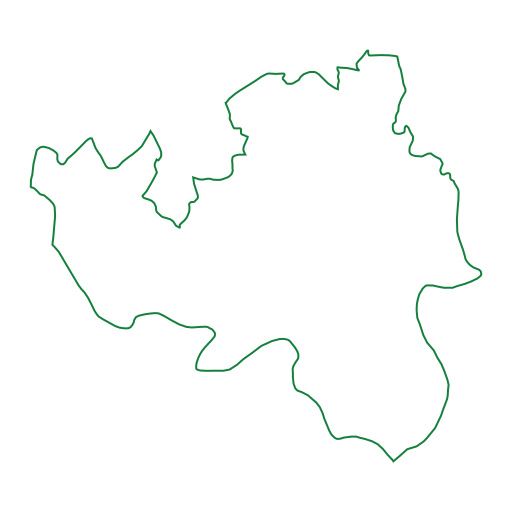 the district of Yen Dung, Bắc Giang, Vietnam
{"feature_id": "81297802B99638089462809", "entity_name": "Yen Dung", "entity_type": "district", "adm_level": 2, "iso_a3": "VNM", "parent_name": "Vietnam", "parent_adm1": "Bắc Giang", "projection": "orthographic", "projection_center": [106.245, 21.205], "detail": "fine", "context": "isolated", "style": "outline", "palette": "green", "viewbox_px": 512, "rotation_deg": 0, "n_neighbors": 0, "source": "geoboundaries", "source_scale": "gbopen_adm2", "svg_char_len": 5978}
<svg xmlns="http://www.w3.org/2000/svg" viewBox="0 0 512 512"><path d="M88.2,139.3L86.1,141.0L75.8,151.5L72.0,155.0L67.6,158.7L65.2,162.6L63.4,164.2L61.5,164.3L60.4,163.9L57.9,161.5L57.3,159.0L57.4,154.9L57.1,153.9L56.2,152.7L53.3,150.4L49.0,148.1L44.2,146.8L42.8,146.8L41.8,146.9L40.9,147.2L39.9,147.6L38.3,148.8L36.8,150.1L33.5,163.8L32.3,174.8L31.4,178.0L30.9,180.4L30.9,184.3L30.7,186.4L31.1,187.3L33.4,187.9L35.0,189.0L36.4,190.3L39.6,193.7L40.5,194.3L41.5,194.7L43.6,195.1L44.7,195.8L49.8,200.1L53.0,203.6L54.3,206.0L54.7,207.6L55.1,216.3L53.2,238.3L52.4,244.8L54.6,247.0L58.8,251.9L78.6,285.4L81.2,288.9L84.3,292.2L88.0,297.7L91.5,304.5L94.5,310.7L96.4,313.7L98.4,316.3L102.5,319.0L115.3,326.1L119.5,327.6L122.5,328.1L125.9,328.4L128.4,328.2L129.5,327.8L130.8,326.9L132.5,324.7L133.1,323.5L133.8,322.1L134.0,320.7L134.4,319.7L135.9,317.2L138.6,315.8L144.2,314.4L150.4,313.5L155.3,313.1L158.7,313.4L163.6,315.7L172.2,320.7L179.2,324.4L186.4,326.9L191.9,327.5L200.4,326.9L206.0,326.7L207.9,327.1L209.3,328.0L212.3,329.5L213.7,331.2L214.7,332.7L215.1,334.2L214.9,335.2L214.5,336.6L211.4,340.4L205.4,346.8L202.0,351.0L199.9,354.5L198.2,358.1L196.4,363.6L196.2,366.5L196.2,367.8L196.5,369.1L198.3,370.0L200.3,370.5L205.7,370.8L223.7,370.7L229.7,369.5L237.1,364.7L243.3,359.2L253.2,352.1L261.3,345.9L272.1,341.0L279.8,339.0L283.9,338.9L287.7,339.7L289.7,340.9L294.8,347.2L297.4,351.5L298.3,354.3L298.4,356.1L298.1,358.6L295.6,362.2L293.4,366.0L292.8,368.2L292.7,369.4L292.9,373.8L292.9,377.0L293.5,383.3L295.2,388.2L297.3,390.5L301.7,392.1L307.8,395.2L316.3,402.6L319.7,407.0L322.6,413.1L324.3,418.7L329.2,430.5L331.1,434.1L333.9,437.1L335.3,438.1L336.6,438.8L338.0,438.9L340.4,438.7L343.7,437.6L351.5,436.6L356.1,436.6L360.0,437.8L365.1,439.0L371.9,441.2L377.7,444.2L382.9,449.0L387.5,454.6L392.8,460.3L393.4,461.3L400.7,455.1L407.3,449.2L415.6,446.7L417.3,445.9L423.3,441.7L424.3,440.8L427.0,438.0L435.2,427.9L441.2,415.3L442.5,411.3L447.1,399.0L447.7,395.6L448.0,390.4L448.6,384.7L447.5,380.0L444.3,371.0L441.5,364.3L437.5,357.9L433.8,350.4L430.5,346.6L427.1,342.6L423.3,335.0L420.0,324.8L417.3,317.8L416.6,309.9L416.9,304.1L417.8,299.3L419.3,294.3L422.5,288.8L425.1,286.2L426.3,285.5L427.8,285.4L432.9,285.5L440.7,287.2L444.7,287.8L449.1,287.7L452.4,287.8L457.2,286.1L464.8,283.9L471.1,281.5L477.3,278.5L480.7,275.8L481.1,274.9L481.3,274.1L480.9,271.8L480.5,271.1L479.6,270.2L478.6,269.5L473.5,267.5L470.0,265.0L467.8,262.6L466.6,261.0L465.5,259.0L464.6,255.2L463.0,249.7L459.6,240.2L458.0,234.8L457.6,233.2L457.3,231.2L456.9,219.2L458.0,203.9L458.4,200.6L458.6,192.9L458.4,190.6L458.2,189.8L457.7,188.5L454.5,183.2L454.1,181.9L453.6,181.0L451.2,179.7L450.7,179.1L450.2,177.8L450.2,175.1L449.5,173.5L447.9,173.1L446.9,173.3L444.0,174.5L443.0,174.5L441.9,174.1L441.2,173.4L440.8,172.7L440.3,170.0L441.6,166.2L442.5,164.3L442.5,163.1L440.2,159.1L434.8,156.3L432.6,154.8L431.0,153.5L429.0,153.5L427.0,154.0L425.7,154.8L424.7,155.1L423.2,156.0L421.2,156.5L418.9,156.2L416.1,156.1L414.9,155.9L413.1,155.4L410.9,154.3L409.7,152.6L409.5,151.9L409.5,149.4L409.7,147.2L412.7,140.9L412.9,139.5L413.0,136.5L410.3,132.0L408.5,127.8L406.5,125.9L406.2,125.9L405.8,126.1L405.2,126.7L404.9,127.6L404.7,128.3L404.7,130.1L404.5,131.6L404.1,132.3L402.7,133.0L400.3,133.7L399.0,133.9L398.3,133.9L395.4,133.3L394.5,132.6L393.3,130.6L392.9,129.3L392.9,128.2L392.8,127.1L392.8,125.7L393.0,124.6L393.3,123.7L394.1,123.1L394.6,122.9L395.3,122.2L395.9,121.1L395.7,117.9L396.1,115.5L396.5,114.4L398.3,111.0L398.8,105.5L401.3,98.9L405.4,91.6L405.5,90.8L405.4,89.0L403.4,83.7L402.5,78.3L400.8,69.7L399.1,65.6L397.3,56.6L395.4,56.0L388.8,55.3L380.7,55.1L370.0,55.5L369.0,55.3L368.4,53.9L368.2,52.8L368.2,51.5L368.0,50.7L367.2,50.7L366.4,51.4L364.8,53.8L362.1,57.2L358.3,61.3L356.6,63.5L356.6,64.7L357.0,67.9L358.8,69.9L358.7,70.4L357.2,70.2L352.1,69.0L346.8,68.0L341.2,67.7L337.6,67.3L337.4,67.9L337.5,69.7L338.5,71.5L338.8,72.9L337.9,76.6L338.9,81.1L337.9,85.0L337.9,89.2L336.0,88.6L334.3,87.7L331.2,85.7L327.9,83.3L318.7,74.2L315.8,72.4L314.5,72.0L310.3,72.0L309.1,72.2L303.9,74.1L300.6,76.9L298.8,79.9L293.6,83.0L292.3,83.6L290.5,83.8L288.0,83.8L287.1,83.6L286.4,83.2L285.1,81.4L282.9,79.2L282.8,78.6L282.9,77.4L284.2,75.9L284.5,74.8L284.5,74.4L283.8,73.6L281.7,73.6L275.8,73.9L269.0,73.5L266.8,73.9L261.7,76.5L254.7,81.3L239.2,91.0L234.9,94.0L229.2,98.8L226.1,102.8L225.7,102.9L226.4,105.0L228.0,108.8L229.8,113.9L229.9,115.8L229.7,118.8L230.1,119.9L231.1,121.8L232.0,124.3L233.7,127.8L234.2,128.3L237.8,128.4L239.2,128.3L240.2,128.4L240.6,128.6L240.9,129.0L241.0,129.6L241.0,132.9L241.3,133.9L242.5,134.7L244.7,135.5L246.1,136.3L247.7,136.7L247.6,137.3L247.3,138.5L244.0,145.9L243.4,148.5L243.5,150.6L245.3,154.6L238.9,154.7L236.6,155.1L234.5,155.8L232.9,156.9L232.4,158.0L232.1,160.6L232.5,164.6L232.5,168.3L232.7,170.0L232.7,170.9L232.1,173.0L231.4,174.3L229.6,176.0L228.7,176.8L226.5,177.8L222.0,179.4L220.0,179.9L216.4,179.9L212.8,179.6L210.1,178.8L208.1,178.7L202.3,179.6L199.5,179.4L193.2,177.4L194.0,183.6L197.9,195.9L197.9,197.3L197.5,198.5L194.9,201.2L193.9,201.9L193.5,202.0L191.4,202.0L190.6,202.4L189.6,203.3L189.1,204.2L189.2,205.6L189.5,207.2L189.3,210.6L189.1,211.8L188.6,213.3L186.8,217.5L184.5,220.4L179.8,224.6L179.8,227.5L179.4,227.6L176.0,225.7L173.2,221.4L170.5,219.4L165.6,217.8L164.1,217.5L162.1,216.8L161.0,215.9L158.2,213.3L157.0,212.1L156.4,211.2L156.1,209.6L155.9,206.8L154.3,203.2L151.5,200.7L148.6,199.5L144.6,198.2L143.5,197.6L142.6,196.5L142.6,195.8L146.5,191.3L150.9,183.8L154.1,178.0L156.9,172.5L154.8,166.4L154.7,165.3L154.8,163.7L156.6,159.5L158.0,160.4L158.4,160.4L160.2,158.0L161.0,156.6L161.2,155.7L161.2,152.9L161.1,152.3L160.1,149.0L153.5,135.5L150.5,131.1L149.2,133.9L141.9,146.0L137.7,150.1L132.5,154.4L128.9,156.9L122.7,161.7L118.2,166.6L115.8,167.8L112.1,168.3L109.4,168.3L108.0,167.9L106.1,166.3L103.6,161.7L101.7,157.6L100.4,155.3L98.5,152.8L95.6,148.2L91.9,138.5L90.7,138.2L89.5,138.6L88.2,139.3Z" fill="none" stroke="#15803d" stroke-width="2"/></svg>